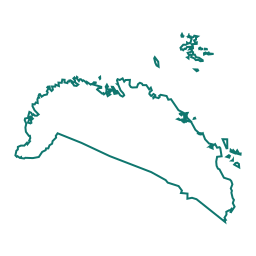 Camarines Norte, Camarines Norte, Philippines
{"feature_id": "2640588B74898440822212", "entity_name": "Camarines Norte", "entity_type": "district", "adm_level": 2, "iso_a3": "PHL", "parent_name": "Philippines", "parent_adm1": "Camarines Norte", "projection": "orthographic", "projection_center": [122.776, 14.169], "detail": "fine", "context": "isolated", "style": "outline", "palette": "teal", "viewbox_px": 256, "rotation_deg": 0, "n_neighbors": 0, "source": "geoboundaries", "source_scale": "gbopen_adm2", "svg_char_len": 5745}
<svg xmlns="http://www.w3.org/2000/svg" viewBox="0 0 256 256"><path d="M225.1,222.0L224.7,219.9L225.7,219.8L224.5,217.7L226.5,214.5L226.3,211.8L229.3,210.2L230.8,210.4L231.4,209.9L231.1,209.3L231.5,208.9L231.7,209.5L231.0,212.1L229.6,211.7L231.0,212.1L234.6,206.7L232.8,203.1L233.9,199.9L232.6,197.9L231.4,192.7L231.9,190.8L230.8,188.5L232.4,184.3L231.3,181.1L230.0,179.7L223.9,177.7L219.5,169.4L217.9,168.6L216.6,165.8L216.2,161.6L217.1,156.8L221.6,156.3L220.3,148.2L219.5,147.2L217.1,147.7L215.1,144.1L212.3,146.2L212.6,148.5L210.5,147.6L211.4,146.2L209.6,146.4L212.3,144.3L209.0,143.5L205.1,139.3L202.8,133.4L202.0,134.2L200.7,134.5L199.1,134.2L198.1,133.3L196.8,133.2L198.1,133.2L201.1,134.2L202.0,134.0L202.4,133.4L199.0,133.0L195.4,129.8L191.1,121.9L187.1,120.9L186.3,121.5L185.5,120.9L184.9,122.1L184.1,122.4L181.7,120.9L183.2,121.3L183.1,120.0L180.0,120.1L177.5,119.1L178.5,118.6L180.1,119.9L182.5,119.4L184.2,120.4L184.2,115.3L182.7,114.0L181.4,115.3L180.6,114.6L180.7,113.8L178.9,113.9L180.7,113.5L181.5,115.1L181.5,113.4L180.4,112.8L184.4,114.3L185.3,113.7L178.5,110.2L171.0,99.2L168.3,99.7L166.6,96.0L160.6,94.8L159.2,95.9L159.7,96.9L158.5,98.1L154.7,97.0L153.4,98.1L153.2,97.3L155.1,96.2L155.3,95.2L153.5,94.0L150.6,96.5L150.9,95.8L149.3,93.9L149.8,92.1L151.8,90.4L150.8,87.7L149.2,89.4L146.3,85.1L142.8,85.1L141.9,83.6L139.9,82.8L138.1,84.1L136.9,87.3L132.2,87.5L130.7,86.9L129.5,84.8L129.9,79.9L125.6,80.0L124.2,81.6L122.6,78.4L119.8,80.0L117.6,79.2L117.0,80.3L118.1,84.1L118.1,84.3L117.4,84.3L117.5,84.4L118.2,84.6L120.6,90.4L123.2,93.2L124.2,95.2L123.7,95.8L122.7,96.6L120.3,95.4L117.2,90.9L115.3,90.8L116.6,93.5L114.4,93.9L113.1,89.8L113.8,89.3L115.2,90.2L113.1,86.9L111.9,86.8L112.9,90.0L112.1,90.6L111.0,89.9L111.2,90.8L108.8,93.4L110.2,94.5L107.7,96.1L106.6,93.2L107.0,91.9L109.0,91.5L109.2,90.7L108.9,89.5L107.4,89.1L107.0,87.4L108.0,86.7L106.9,84.7L105.7,86.8L106.5,88.9L106.3,92.6L104.0,94.3L103.4,93.1L102.3,93.7L97.1,89.5L98.0,88.3L101.2,87.9L101.2,86.8L91.3,84.0L90.7,84.6L87.0,82.0L86.8,83.4L84.6,81.1L83.2,80.3L82.5,81.0L80.8,79.2L79.8,79.3L78.9,81.0L76.9,78.4L77.4,77.3L76.9,76.9L76.4,78.4L74.7,78.2L74.4,77.5L73.4,78.4L75.0,80.6L75.1,82.4L78.2,84.6L76.6,85.9L74.1,85.6L72.6,83.3L73.2,82.4L71.8,82.6L71.5,81.1L71.8,81.5L72.1,81.4L70.5,80.3L69.3,80.5L69.4,81.5L67.8,81.5L67.4,83.1L64.5,82.4L64.6,79.8L62.3,79.6L61.7,82.8L58.5,82.6L58.9,86.0L55.5,84.7L55.2,86.6L52.1,86.5L52.9,89.7L51.6,91.0L49.9,89.2L49.6,86.5L47.8,86.7L47.3,87.4L48.6,88.3L46.8,91.3L47.7,92.3L46.9,94.5L44.0,95.1L41.6,96.7L39.9,94.1L39.2,94.3L38.5,96.0L39.1,97.7L38.0,97.8L37.4,99.4L37.7,103.0L35.8,102.5L34.7,104.4L32.6,104.2L32.5,106.2L34.6,110.3L38.6,114.4L36.9,115.7L34.7,115.6L33.4,114.3L32.5,115.2L31.2,112.8L29.4,111.9L28.2,116.3L29.1,117.1L30.8,116.5L32.2,118.0L29.7,118.1L32.1,119.3L30.9,120.3L31.4,122.8L30.5,123.4L28.0,122.6L29.3,119.2L28.7,117.8L25.1,118.5L24.7,120.1L26.3,123.7L25.4,127.5L25.9,131.8L28.9,135.9L29.9,135.8L30.3,138.1L29.2,140.6L30.0,141.2L27.5,144.3L26.9,142.8L24.3,145.6L20.9,145.6L17.9,146.9L17.8,149.5L16.4,150.7L15.4,155.4L16.8,156.8L17.5,156.2L19.7,157.8L20.9,157.2L20.8,158.0L24.2,158.5L25.3,157.8L32.8,158.1L38.8,157.0L42.2,151.9L45.6,150.2L46.1,148.4L48.3,148.4L49.5,145.3L52.1,143.7L52.6,141.1L56.1,137.6L55.8,135.9L57.6,133.3L81.5,142.9L109.7,156.1L151.2,172.1L165.7,180.1L167.7,182.6L178.6,186.1L181.9,190.6L181.0,193.0L187.5,193.6L187.4,198.7L192.0,197.8L196.5,199.2L225.1,222.0ZM194.3,35.7L193.5,37.1L191.8,37.3L190.7,42.2L188.7,43.5L187.1,42.6L187.2,43.9L185.8,44.8L183.3,44.7L180.5,47.8L181.1,49.6L182.3,49.3L183.2,50.2L184.6,48.7L185.7,49.0L187.0,47.0L191.1,46.8L189.5,49.2L193.0,48.3L192.8,45.9L191.6,44.2L196.7,43.9L196.8,42.3L195.1,42.5L194.1,40.4L196.0,39.6L196.0,37.7L197.8,36.4L194.3,35.7ZM200.3,61.2L202.7,61.0L202.7,60.2L199.1,57.8L196.1,57.2L194.8,54.6L192.9,54.6L193.1,52.2L192.3,51.5L191.4,51.0L191.3,51.8L187.7,52.8L189.0,55.3L190.7,54.5L191.7,55.0L191.2,57.1L194.2,58.3L195.8,60.1L198.5,59.9L200.3,61.2ZM222.6,139.2L226.5,148.3L227.3,148.2L227.2,139.3L222.6,139.2ZM158.2,61.7L154.8,57.2L154.2,58.3L155.3,62.8L156.6,65.5L158.6,66.7L158.2,61.7ZM187.6,112.9L186.2,113.0L185.6,114.1L185.1,117.7L186.2,120.3L185.6,120.5L186.4,121.3L186.6,120.8L189.3,120.4L188.4,120.9L190.3,120.9L191.8,122.3L187.0,117.6L186.6,114.9L187.6,112.9ZM237.2,162.7L235.5,163.1L234.2,164.6L239.2,167.4L238.9,164.0L237.2,162.7ZM237.2,150.4L235.4,153.2L240.5,154.6L240.6,153.5L239.1,153.6L237.2,150.4ZM205.5,52.5L204.0,53.2L204.1,54.5L206.2,53.5L208.4,54.5L213.6,53.9L209.3,53.5L208.7,52.5L207.0,53.4L205.5,52.5ZM229.9,155.9L228.9,155.2L226.6,156.8L229.2,157.6L229.9,155.9ZM233.2,150.1L231.7,152.0L234.6,153.2L234.4,151.5L233.2,150.1ZM194.7,69.4L196.7,71.2L198.1,70.5L197.6,69.5L194.7,69.4ZM200.1,47.6L199.1,48.3L199.3,49.1L201.2,48.5L200.1,47.6ZM96.5,82.5L93.9,82.3L93.1,83.2L94.3,83.5L96.5,82.5ZM184.8,120.3L183.5,121.2L183.7,122.1L184.8,121.9L184.8,120.3ZM182.0,34.0L181.3,35.3L181.6,36.4L182.8,35.6L182.0,34.0ZM230.7,149.8L230.5,151.4L231.6,151.8L231.4,150.4L230.7,149.8ZM189.0,35.5L188.1,36.4L188.2,37.0L189.8,36.3L189.0,35.5ZM188.5,58.4L188.6,56.9L187.2,57.4L188.5,58.4ZM204.9,48.7L204.8,49.4L206.8,49.3L206.7,48.9L204.9,48.7ZM190.7,36.8L190.2,37.1L189.2,37.2L191.1,38.1L190.7,36.8ZM194.9,117.8L194.0,118.2L193.8,118.8L195.2,118.5L194.9,117.8ZM100.1,76.9L99.3,77.5L100.0,78.9L100.2,78.7L100.1,76.9ZM232.9,160.7L232.9,159.8L232.6,160.3L232.1,160.4L231.8,160.6L232.9,160.7ZM186.1,120.3L185.3,119.9L185.5,120.5L186.1,120.3ZM191.9,50.4L191.1,50.1L191.8,50.8L191.9,50.4ZM203.0,49.0L202.3,48.8L202.1,49.2L203.0,49.0ZM183.1,36.5L182.3,36.5L182.9,36.8L183.1,36.5ZM189.3,34.2L188.4,34.0L188.8,34.2L189.3,34.2ZM232.1,150.2L231.9,150.7L231.9,151.4L232.0,151.2L232.1,150.2Z" fill="none" stroke="#0f766e" stroke-width="2"/></svg>